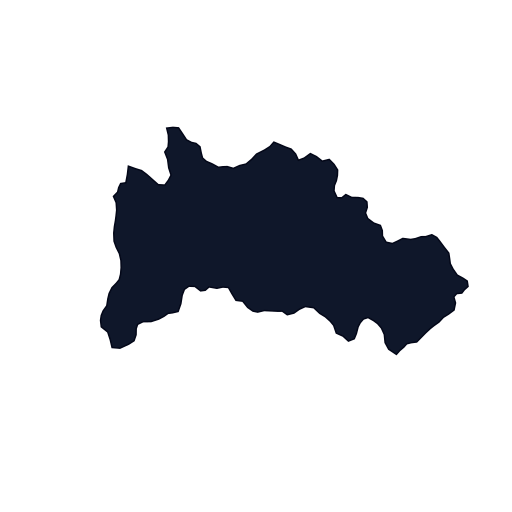 Serra Azul de Minas, Minas Gerais, Brazil (Natural Earth projection), rotated 330°
{"feature_id": "56859067B40983562978217", "entity_name": "Serra Azul de Minas", "entity_type": "district", "adm_level": 2, "iso_a3": "BRA", "parent_name": "Brazil", "parent_adm1": "Minas Gerais", "projection": "natural_earth1", "projection_center": [-43.207, -18.391], "detail": "fine", "context": "isolated", "style": "filled", "palette": "ink", "viewbox_px": 512, "rotation_deg": 330, "n_neighbors": 0, "source": "geoboundaries", "source_scale": "gbopen_adm2", "svg_char_len": 2527}
<svg xmlns="http://www.w3.org/2000/svg" viewBox="0 0 512 512"><g transform="rotate(330 256 256)"><path d="M408.7,321.9L402.7,320.7L398.2,319.0L391.9,314.2L386.0,313.9L380.4,313.4L375.6,309.1L375.5,301.9L378.1,297.1L379.0,291.7L374.4,286.3L371.5,279.4L372.3,273.5L376.7,269.5L379.1,264.6L377.5,259.6L373.6,256.4L368.1,253.1L364.5,247.7L359.4,248.5L355.4,246.1L356.1,238.6L359.2,234.1L363.3,230.9L366.8,226.9L369.7,222.3L369.4,215.7L367.7,209.0L360.8,207.0L358.1,200.3L354.3,194.5L346.8,195.3L340.6,194.3L341.3,187.5L339.9,181.0L336.1,176.5L332.3,171.4L328.4,166.3L322.9,168.2L316.3,168.5L307.4,168.0L300.7,170.1L293.4,171.4L287.1,169.5L280.2,168.8L275.8,164.2L271.8,162.1L267.8,160.4L264.2,154.5L260.3,149.2L258.7,144.4L260.0,139.6L262.1,133.4L260.3,128.5L256.9,125.4L253.9,120.6L253.5,113.3L253.0,106.3L248.4,103.1L242.6,100.6L240.6,107.4L237.4,113.3L234.4,117.6L229.0,120.3L227.8,128.1L224.5,136.0L222.9,143.5L218.0,146.6L212.5,149.0L207.0,145.4L204.5,137.9L202.2,131.0L199.6,124.8L195.4,120.3L190.4,114.4L185.4,121.1L179.9,127.5L175.0,125.6L171.3,128.1L168.1,131.5L162.4,133.1L161.6,139.9L158.3,146.6L154.8,151.4L151.8,155.3L148.2,159.6L144.3,165.0L140.5,172.2L139.3,178.6L138.9,185.6L136.8,192.4L133.4,198.7L129.6,204.1L125.7,208.1L121.6,209.7L115.5,211.4L110.1,215.0L106.4,218.9L101.9,224.5L96.2,227.1L92.3,230.1L89.2,234.0L86.6,240.0L89.6,247.7L87.9,255.7L85.6,263.3L92.1,267.8L101.8,268.7L108.0,268.4L112.7,264.3L115.9,259.0L119.3,256.0L125.3,256.4L132.3,260.3L140.2,262.0L146.1,262.2L151.1,261.7L155.2,263.4L160.8,265.1L167.0,259.8L172.4,253.1L177.3,249.1L182.8,248.6L187.9,251.8L190.6,258.5L194.9,260.3L199.9,259.3L206.0,264.4L211.8,266.3L216.4,269.5L216.3,276.4L216.5,284.4L221.9,288.5L223.1,296.4L225.8,302.2L229.4,305.4L235.8,307.3L242.5,311.6L247.3,314.7L251.2,316.9L253.7,322.5L260.3,324.4L266.8,323.8L273.4,324.4L280.2,329.7L282.5,337.5L285.7,343.4L287.7,349.6L288.6,354.9L287.0,362.9L291.3,368.9L293.5,375.9L299.7,376.8L304.1,373.4L309.0,368.4L312.9,365.9L317.5,364.3L322.3,365.3L325.5,370.7L327.5,375.3L328.6,381.1L327.9,388.1L324.5,395.6L324.3,403.1L328.4,411.4L333.1,409.8L338.5,408.8L342.6,407.4L346.9,408.6L352.2,410.8L357.6,409.3L364.4,407.4L370.5,406.0L375.1,405.3L381.4,404.7L387.6,402.8L393.7,402.6L400.5,401.8L405.3,396.4L406.9,390.3L411.0,388.9L415.7,391.0L419.6,389.4L424.4,388.4L426.4,383.3L424.3,379.0L420.7,373.1L420.1,365.9L420.4,359.8L422.3,355.2L424.4,349.9L423.4,342.9L422.5,335.1L421.8,330.3L418.9,325.5L412.6,324.1L408.7,321.9Z" fill="#0f172a" stroke="#020617" stroke-width="1.5"/></g></svg>